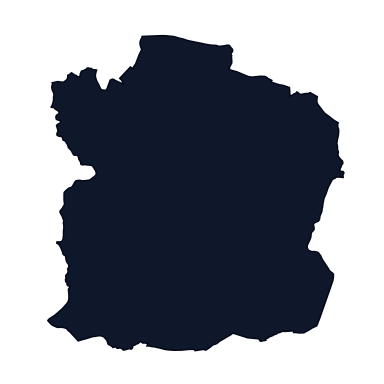 Mueang Ang Thong, Ang Thong, Thailand, rotated 176°
{"feature_id": "78962969B37597222908086", "entity_name": "Mueang Ang Thong", "entity_type": "district", "adm_level": 2, "iso_a3": "THA", "parent_name": "Thailand", "parent_adm1": "Ang Thong", "projection": "orthographic", "projection_center": [100.455, 14.575], "detail": "fine", "context": "isolated", "style": "filled", "palette": "ink", "viewbox_px": 384, "rotation_deg": 176, "n_neighbors": 0, "source": "geoboundaries", "source_scale": "gbopen_adm2", "svg_char_len": 5916}
<svg xmlns="http://www.w3.org/2000/svg" viewBox="0 0 384 384"><g transform="rotate(176 192 192)"><path d="M161.1,48.4L146.6,42.7L135.3,40.8L135.0,39.5L134.5,38.8L134.0,38.4L133.3,38.3L131.6,38.6L128.7,38.9L128.7,40.2L126.4,41.1L125.1,42.0L121.5,43.1L120.1,43.9L118.0,44.4L116.1,45.5L114.3,45.7L112.0,46.6L111.0,46.7L109.0,46.4L100.6,46.4L100.5,44.9L100.4,44.7L98.2,44.6L95.4,44.0L90.7,43.7L89.4,44.1L84.5,46.4L81.8,47.9L76.9,49.8L73.7,56.5L58.7,91.3L57.6,94.1L56.9,96.9L56.6,100.2L57.1,100.9L59.1,102.7L60.7,104.4L60.9,105.3L62.0,107.3L66.7,115.6L68.2,119.7L69.1,120.8L70.2,122.7L71.1,123.2L73.2,123.9L74.4,124.1L76.6,124.1L79.5,125.5L80.1,126.2L80.7,127.6L81.0,129.6L80.3,131.6L77.7,136.2L76.6,138.7L75.9,142.8L75.2,143.7L73.7,145.1L72.8,146.3L72.7,147.4L73.1,150.9L72.8,152.0L72.1,152.6L67.9,154.2L66.7,155.8L66.1,158.9L63.7,163.8L63.4,166.1L62.8,167.8L62.1,171.6L61.2,174.8L60.8,176.4L58.4,181.0L55.7,187.4L54.3,189.5L52.2,193.0L51.2,194.5L50.7,194.9L48.1,195.9L47.1,196.7L46.4,196.8L45.3,196.8L40.9,196.1L40.2,196.0L40.2,198.5L40.0,199.0L39.3,199.9L39.2,200.9L39.7,201.7L40.1,202.0L42.1,202.1L42.5,202.4L42.8,202.9L42.8,204.1L42.6,205.0L41.5,206.7L41.2,208.0L39.6,209.9L39.5,211.4L39.7,212.2L40.1,212.9L41.4,214.1L43.4,217.1L43.7,217.8L43.8,219.0L43.2,221.7L43.9,224.6L43.7,227.0L44.1,230.3L43.9,231.6L43.4,233.8L42.1,238.1L41.5,241.7L41.4,244.4L42.0,246.5L42.1,247.7L41.9,249.4L41.3,250.8L45.1,253.4L49.7,257.6L54.3,261.4L60.0,270.1L60.9,271.9L61.1,273.0L61.1,274.3L60.7,276.9L60.3,278.3L67.2,282.9L69.0,282.2L71.7,282.3L76.8,281.7L77.9,282.2L79.7,284.2L80.6,284.4L81.9,282.9L83.4,282.8L85.1,281.7L87.5,280.8L87.5,289.4L94.1,292.2L97.3,292.8L98.7,293.5L99.7,293.7L102.8,295.1L104.9,295.7L105.2,295.9L105.2,296.2L104.5,297.4L104.6,297.8L108.7,300.2L109.0,300.8L110.3,301.7L111.6,302.3L116.3,302.7L123.7,302.4L126.7,302.9L128.1,303.4L138.9,308.8L144.3,310.7L145.8,311.5L146.1,312.7L146.0,313.3L145.5,314.4L143.5,317.7L143.2,319.1L143.2,324.2L142.9,325.6L143.5,326.4L143.5,326.7L143.2,328.0L141.9,329.0L141.5,330.4L141.6,331.2L141.9,331.9L143.0,333.2L144.3,335.3L144.7,335.7L145.4,335.9L146.5,336.0L147.7,335.9L148.9,335.6L154.7,335.4L156.0,335.8L157.4,336.5L163.1,337.2L168.3,338.5L185.8,343.4L190.3,345.3L194.0,346.4L198.6,348.1L200.2,348.5L207.1,349.7L211.5,350.1L230.9,350.7L231.2,349.3L231.9,348.5L232.7,347.0L233.3,345.5L233.5,344.2L233.5,343.0L233.1,340.4L232.2,337.7L235.3,332.3L239.3,323.7L242.9,319.2L244.7,321.0L256.2,310.4L254.5,308.6L253.5,306.4L252.9,304.3L260.6,308.5L262.5,309.9L263.2,310.1L264.2,310.0L265.5,309.5L265.9,309.1L269.4,301.2L270.1,300.2L271.0,299.6L271.9,299.5L274.2,300.0L275.4,300.5L276.0,301.3L277.9,306.3L279.3,309.3L280.1,312.3L280.3,314.4L280.1,316.0L279.5,318.1L278.6,320.3L279.3,320.5L281.9,320.8L283.1,321.5L284.0,322.4L285.5,322.3L286.5,323.0L288.2,322.8L288.5,322.6L288.9,321.7L289.9,321.6L291.0,320.9L293.8,320.3L295.3,317.4L295.4,315.8L295.8,315.3L297.1,314.8L298.0,314.9L299.3,316.3L301.4,317.1L302.7,318.5L304.0,319.3L306.3,317.6L307.8,317.1L307.8,316.0L308.7,313.0L309.2,312.5L310.3,312.1L311.0,311.3L311.9,310.8L313.4,310.5L318.2,311.5L323.9,310.7L323.6,309.4L324.5,307.1L324.5,305.4L324.4,303.9L323.0,300.1L322.9,298.3L323.5,296.4L323.6,294.3L324.1,291.7L325.3,288.6L326.6,286.6L326.4,286.3L325.8,286.1L324.0,286.1L322.7,284.3L320.4,282.7L319.5,281.6L318.9,280.1L318.8,279.5L319.1,279.3L320.8,278.7L321.9,277.9L322.5,276.7L322.5,274.8L322.2,274.1L321.6,273.5L318.8,272.4L318.4,272.0L318.1,271.2L318.3,270.5L318.7,270.1L321.3,268.9L322.1,268.3L322.5,267.8L322.4,267.1L321.4,262.6L321.6,261.9L322.7,259.5L322.8,258.7L322.7,258.2L322.3,257.7L321.2,257.1L320.0,256.7L318.2,256.6L317.9,256.4L317.5,255.4L317.1,253.1L316.4,252.5L314.4,251.2L313.9,249.5L313.0,248.4L312.1,244.7L309.7,242.1L307.5,237.3L306.9,237.0L304.7,236.8L303.6,236.4L302.7,234.4L302.7,232.9L302.0,231.5L301.9,230.9L300.9,229.7L301.1,228.2L300.7,227.2L299.2,226.7L297.4,226.9L295.7,226.5L290.6,225.7L289.7,225.3L288.3,223.0L286.8,220.0L286.2,218.0L286.2,216.9L286.5,216.0L287.6,214.8L293.1,211.1L298.0,210.7L300.9,210.8L302.9,211.4L304.1,211.5L306.2,211.4L307.3,211.1L307.8,210.6L310.6,206.4L311.5,205.4L312.2,205.0L313.9,204.7L315.2,204.1L318.2,201.8L319.5,200.5L319.8,198.9L320.2,192.8L320.0,188.8L321.3,186.5L322.8,184.4L324.7,182.5L325.1,181.6L324.9,180.4L323.1,176.6L321.9,172.2L322.5,170.2L322.2,167.5L322.3,165.3L322.8,162.9L323.2,158.6L323.1,158.0L323.5,156.6L323.6,155.3L324.1,153.8L324.6,152.6L325.8,151.6L327.4,151.3L328.1,151.6L330.2,151.6L330.5,150.4L329.5,149.8L328.3,148.6L327.8,147.8L326.7,145.4L325.4,141.5L325.1,139.4L324.7,138.7L324.2,138.1L322.7,137.3L322.2,132.3L321.7,130.6L320.4,128.8L320.0,127.3L320.2,125.6L320.6,124.9L321.4,124.1L321.1,122.3L321.3,120.8L321.8,119.4L323.2,118.2L323.7,117.5L323.8,116.8L323.6,115.5L324.3,113.4L324.2,111.3L323.0,110.0L323.2,108.4L322.3,107.1L320.9,106.6L320.4,106.2L320.4,105.6L321.3,104.7L322.1,103.4L322.0,97.0L322.3,93.9L323.0,91.6L324.6,89.4L329.3,84.8L336.1,79.6L338.8,77.8L342.7,75.8L344.4,74.4L344.8,73.7L342.0,70.2L341.0,69.2L340.1,68.6L337.0,66.9L335.4,66.3L332.2,66.2L329.8,65.8L327.9,65.1L326.5,64.4L325.3,62.5L323.3,60.7L315.9,51.4L312.0,52.3L307.4,53.2L301.1,54.7L299.5,54.7L295.6,55.1L294.2,55.1L292.3,54.7L290.4,53.8L289.8,53.3L287.5,50.3L287.2,49.7L286.3,46.2L285.8,45.5L284.1,44.9L283.0,43.7L282.2,43.3L281.9,42.5L281.3,42.4L278.7,43.1L278.2,41.9L277.5,41.3L276.5,41.2L275.6,41.5L274.0,41.3L273.3,41.0L271.5,39.1L270.1,39.2L265.7,40.1L263.9,39.6L263.4,39.6L262.7,40.1L262.1,41.0L262.0,42.6L261.7,42.9L259.9,43.2L258.3,44.1L256.2,44.7L254.5,46.1L253.9,46.3L253.3,46.1L252.4,45.3L251.4,44.7L249.7,44.7L246.7,44.0L247.7,41.6L245.3,41.3L242.1,40.4L241.1,40.4L235.4,38.7L230.0,36.9L227.4,36.3L221.2,35.4L213.4,35.0L205.5,35.2L200.5,34.8L200.3,33.7L200.0,33.5L194.0,34.0L191.4,34.1L189.2,33.3L185.0,35.7L181.9,38.0L178.9,38.7L177.5,39.3L175.1,41.1L163.3,46.9L161.1,48.4Z" fill="#0f172a" stroke="#020617" stroke-width="1.5"/></g></svg>